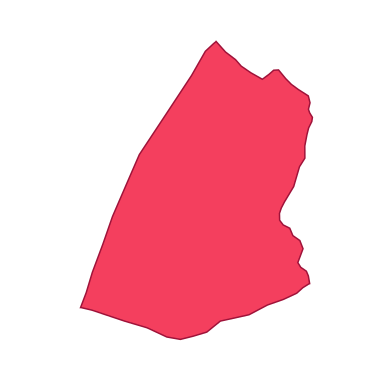 Älvsbyn, Norrbotten, Sweden (Mercator projection), rotated 256°
{"feature_id": "70781695B9243274568958", "entity_name": "Älvsbyn", "entity_type": "district", "adm_level": 2, "iso_a3": "SWE", "parent_name": "Sweden", "parent_adm1": "Norrbotten", "projection": "mercator", "projection_center": [20.635, 65.777], "detail": "fine", "context": "isolated", "style": "filled", "palette": "rose", "viewbox_px": 384, "rotation_deg": 256, "n_neighbors": 0, "source": "geoboundaries", "source_scale": "gbopen_adm2", "svg_char_len": 996}
<svg xmlns="http://www.w3.org/2000/svg" viewBox="0 0 384 384"><g transform="rotate(256 192 192)"><path d="M332.2,251.8L332.1,251.7L330.8,248.9L325.3,239.0L305.2,219.8L275.2,187.2L241.1,150.0L214.1,129.3L187.4,108.9L162.8,92.8L138.2,75.9L119.9,65.0L106.8,55.9L106.6,56.6L101.7,66.1L82.7,95.9L72.9,112.6L71.1,115.6L57.4,132.5L51.8,145.1L51.8,158.1L52.5,172.5L57.1,182.3L59.9,188.3L59.1,217.6L64.1,237.9L65.7,254.9L68.5,269.2L72.3,276.3L74.5,282.9L74.6,284.0L82.4,284.6L87.5,283.8L92.6,279.3L97.9,277.6L105.3,282.7L110.1,286.0L118.8,284.9L125.3,279.3L133.2,278.1L138.0,272.5L143.4,270.2L150.1,271.7L154.9,274.8L160.0,279.3L168.2,287.5L172.7,292.0L182.3,297.6L190.5,302.4L197.5,309.7L209.4,312.6L219.8,317.4L226.0,320.7L231.4,325.3L235.3,326.9L240.4,325.3L244.1,325.0L250.0,328.1L257.1,328.1L265.8,319.9L272.3,314.5L279.4,310.3L289.5,305.5L290.4,300.7L287.5,295.1L284.4,287.5L293.5,277.9L302.2,270.2L309.8,266.3L319.7,258.4L332.2,251.8Z" fill="#f43f5e" stroke="#9f1239" stroke-width="1.5"/></g></svg>